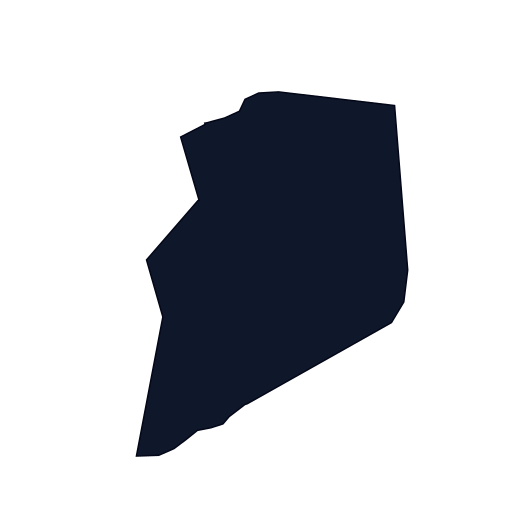 the district of Migny, Soufrière, Saint Lucia, rotated 69°
{"feature_id": "8701671B42961858888115", "entity_name": "Migny", "entity_type": "district", "adm_level": 2, "iso_a3": "LCA", "parent_name": "Saint Lucia", "parent_adm1": "Soufrière", "projection": "equal_earth", "projection_center": [-61.018, 13.841], "detail": "fine", "context": "isolated", "style": "filled", "palette": "ink", "viewbox_px": 512, "rotation_deg": 69, "n_neighbors": 0, "source": "geoboundaries", "source_scale": "gbopen_adm2", "svg_char_len": 563}
<svg xmlns="http://www.w3.org/2000/svg" viewBox="0 0 512 512"><g transform="rotate(69 256 256)"><path d="M165.2,72.7L110.9,176.1L104.8,195.1L105.8,210.1L114.9,219.6L115.9,235.9L113.9,255.0L113.6,256.2L114.9,256.3L117.0,275.4L117.9,283.7L183.7,289.2L183.5,290.4L220.4,359.6L279.5,364.8L399.4,439.0L399.9,439.3L407.2,418.2L406.4,401.5L404.2,393.9L402.5,387.8L397.8,373.2L400.2,359.6L400.9,347.0L396.3,338.6L391.4,322.0L390.7,319.8L390.8,317.1L366.7,153.4L351.9,134.5L323.5,119.4L232.3,92.5L165.2,72.7Z" fill="#0f172a" stroke="#020617" stroke-width="1.5"/></g></svg>